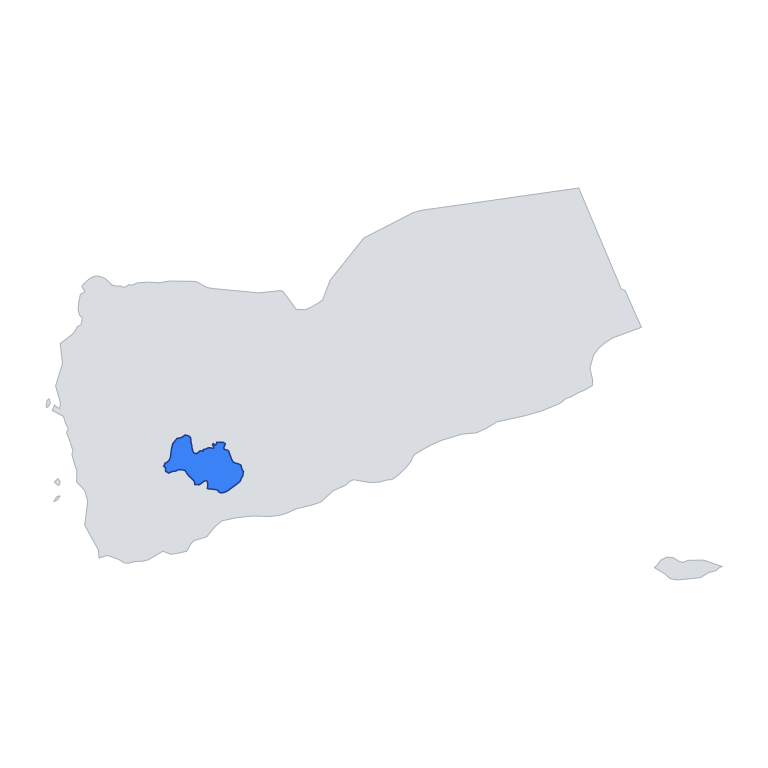 Al Bayda' highlighted on a map of Yemen
{"feature_id": "YEM-333", "entity_name": "Al Bayda'", "entity_type": "Governorate", "adm_level": 1, "iso_a3": "YEM", "parent_name": "Yemen", "parent_adm1": "", "projection": "mercator", "projection_center": [45.347, 14.319], "detail": "fine", "context": "in_parent", "style": "filled", "palette": "blue", "viewbox_px": 768, "rotation_deg": 0, "n_neighbors": 0, "source": "natural_earth", "source_scale": "10m", "svg_char_len": 4269}
<svg xmlns="http://www.w3.org/2000/svg" viewBox="0 0 768 768"><path d="M641.4,327.3L612.9,337.8L605.4,342.5L598.6,348.2L593.5,355.4L589.9,368.0L592.6,379.6L592.3,385.7L585.0,389.8L578.1,392.8L570.5,397.2L565.8,398.4L562.1,401.9L557.7,404.4L541.8,410.9L524.4,415.9L496.8,421.9L486.2,428.4L476.5,432.8L461.8,434.2L441.5,440.4L430.3,445.3L416.4,453.3L413.3,455.9L410.8,461.8L406.5,466.9L398.1,475.3L391.8,479.6L387.6,479.8L379.4,482.1L369.7,482.6L353.5,479.7L349.3,481.7L345.9,485.0L333.3,490.7L320.6,502.2L311.3,505.2L296.2,508.8L285.6,513.6L278.5,515.5L269.4,516.5L252.5,516.0L236.5,517.7L221.7,520.9L214.7,527.0L206.8,536.7L193.8,540.7L190.8,544.1L186.7,551.3L178.3,553.1L170.7,554.3L163.0,551.2L148.3,559.8L142.8,561.2L134.4,561.5L128.4,563.3L124.1,562.8L118.8,559.5L107.4,555.4L99.1,558.0L98.4,549.9L84.7,525.1L87.5,503.4L87.5,500.4L84.8,490.7L76.6,481.8L76.8,470.6L74.1,462.6L71.9,454.3L72.6,452.1L72.8,450.1L68.6,437.4L67.2,434.8L66.6,432.1L68.0,430.1L68.0,427.7L65.7,423.8L63.4,416.3L52.2,410.5L54.5,405.0L56.7,406.9L59.6,408.6L60.2,405.0L60.3,402.4L55.6,385.8L62.5,363.6L60.2,343.6L70.8,335.5L73.5,333.1L75.0,331.0L77.5,326.4L80.9,324.9L82.1,320.1L82.0,317.7L79.8,315.6L78.1,310.0L78.7,302.9L79.2,299.9L80.4,294.4L84.1,292.4L84.9,290.8L82.1,287.4L82.3,285.3L88.6,279.5L91.1,277.8L95.2,276.0L98.4,276.0L102.0,277.1L105.3,278.7L108.5,281.6L111.8,285.0L117.0,286.2L120.5,285.9L123.4,287.4L125.8,286.6L128.5,284.8L132.9,285.0L136.9,283.0L148.1,282.1L158.9,282.7L170.2,281.0L181.5,281.2L192.9,281.3L195.4,281.5L197.9,282.5L207.5,287.7L214.8,288.7L229.4,290.1L245.1,291.6L258.6,292.9L270.1,291.7L279.6,290.7L282.2,290.9L285.0,294.0L290.8,301.9L296.2,309.3L305.7,309.7L311.7,306.9L318.4,303.0L322.5,300.0L327.2,287.9L330.3,280.0L337.3,271.2L343.2,263.9L351.0,254.1L355.3,248.7L363.8,238.0L371.9,233.8L387.6,225.8L402.9,217.9L412.9,212.7L421.4,210.3L435.7,208.3L452.5,205.9L469.2,203.6L487.1,201.0L507.1,198.2L520.7,196.2L538.1,193.8L552.6,191.7L565.5,189.9L578.8,188.0L581.3,193.9L583.8,199.9L586.3,205.9L588.8,211.8L591.3,217.8L593.8,223.7L596.3,229.7L598.8,235.6L601.3,241.6L603.8,247.5L606.3,253.4L608.8,259.3L611.3,265.3L613.8,271.2L616.3,277.1L618.8,283.0L621.2,288.8L625.3,290.7L627.7,296.2L631.1,304.0L634.5,311.8L638.0,319.5L641.4,327.3ZM679.7,561.6L683.1,562.3L688.4,560.3L703.6,560.1L721.9,566.5L718.5,568.2L716.4,570.5L708.4,572.6L700.4,577.6L677.2,580.0L670.3,578.7L664.8,573.9L654.4,567.6L658.5,563.7L659.4,561.8L660.9,560.1L666.8,557.1L672.6,557.5L679.7,561.6ZM59.5,484.1L58.8,485.4L57.8,485.1L54.3,482.0L58.1,478.6L60.2,481.8L59.5,484.1ZM48.4,406.4L46.6,407.7L46.1,405.4L47.2,400.3L49.1,398.8L50.3,402.6L49.6,404.7L48.4,406.4ZM57.8,499.7L54.0,501.5L56.6,496.9L59.2,495.9L59.9,496.1L57.8,499.7Z" fill="#d9dde1" stroke="#a8b0b8" stroke-width="1"/><path d="M184.9,435.0L187.9,435.6L189.4,436.4L190.6,437.7L190.8,439.3L190.9,441.0L191.4,444.0L191.9,445.9L191.9,447.9L192.5,449.2L192.6,450.4L193.1,451.7L193.8,452.8L194.9,453.4L196.7,453.5L198.9,451.9L199.6,451.1L200.5,450.7L202.8,451.3L203.2,450.7L203.0,450.1L203.5,449.5L204.6,449.4L206.2,448.8L208.0,447.9L210.0,447.7L211.5,448.1L212.7,448.3L213.6,448.0L213.7,446.9L212.6,445.1L212.7,444.3L213.2,443.7L213.8,443.8L214.1,444.2L214.5,444.8L215.0,445.1L215.8,444.7L216.3,444.2L216.7,442.3L223.0,442.3L224.3,443.0L225.3,443.8L225.0,444.9L224.4,446.1L223.9,447.3L223.9,448.7L224.9,449.6L227.4,450.1L228.7,451.2L231.8,459.8L233.1,461.8L235.1,463.1L237.7,463.6L240.1,464.6L241.1,465.4L241.3,466.0L241.3,466.7L241.5,467.4L241.6,468.1L242.1,469.1L242.3,470.1L243.5,471.3L242.7,476.2L241.2,478.4L240.3,481.1L238.2,483.0L228.5,490.2L226.2,491.6L224.4,492.3L222.9,492.7L221.7,492.8L220.5,492.8L218.6,491.8L217.7,490.2L215.9,489.6L208.1,488.8L207.4,488.5L207.8,484.1L207.1,481.1L206.2,480.6L204.9,480.8L202.0,482.7L200.8,483.8L199.0,484.8L198.1,484.6L194.8,484.6L194.7,483.0L194.4,481.6L193.0,479.8L188.8,475.9L187.2,473.9L186.2,472.2L185.0,470.5L183.1,469.9L180.8,469.8L179.3,469.6L178.0,470.0L177.1,470.2L176.4,470.8L175.4,471.2L173.9,471.2L172.2,471.5L171.1,472.1L168.6,473.1L166.7,471.8L166.0,471.7L165.5,470.8L165.5,467.5L163.7,466.4L165.0,463.2L167.1,462.2L169.0,460.4L170.4,457.6L171.4,449.3L172.8,443.6L177.1,438.4L180.1,437.9L182.5,437.0L184.9,435.0Z" fill="#3b82f6" stroke="#1e3a8a" stroke-width="1.5"/></svg>